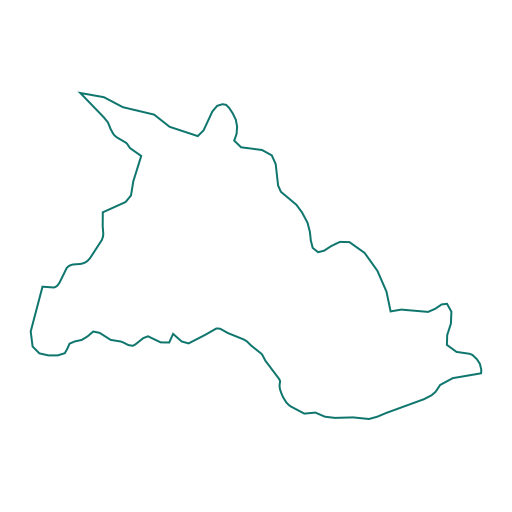 SVG path tracing the border of Chalatenango
{"feature_id": "SLV-1357", "entity_name": "Chalatenango", "entity_type": "Department", "adm_level": 1, "iso_a3": "SLV", "parent_name": "El Salvador", "parent_adm1": "", "projection": "robinson", "projection_center": [-89.111, 14.18], "detail": "fine", "context": "isolated", "style": "outline", "palette": "teal", "viewbox_px": 512, "rotation_deg": 0, "n_neighbors": 0, "source": "natural_earth", "source_scale": "10m", "svg_char_len": 1974}
<svg xmlns="http://www.w3.org/2000/svg" viewBox="0 0 512 512"><path d="M80.3,93.0L103.9,97.2L122.9,107.2L154.1,114.6L169.6,126.8L197.8,136.1L203.6,130.3L212.4,111.4L217.2,105.8L222.6,104.2L226.2,104.9L229.2,108.0L232.7,113.3L235.8,119.7L237.1,126.6L236.6,133.8L234.2,140.6L241.1,147.3L262.0,150.0L271.8,155.4L275.7,164.1L278.1,185.5L280.9,191.8L296.4,204.8L302.0,212.4L307.5,222.7L309.8,231.5L310.2,234.7L310.8,240.4L312.7,247.9L318.1,252.2L324.1,250.7L331.3,246.0L339.9,241.9L349.4,242.1L364.6,252.9L377.4,270.8L386.5,291.7L390.6,311.4L401.3,309.6L428.1,311.9L435.4,308.7L441.7,304.4L447.0,303.8L451.4,311.7L450.9,323.6L447.2,335.1L446.9,344.9L456.5,351.9L469.6,353.8L472.5,355.0L476.9,359.2L479.9,363.9L481.3,369.7L481.1,373.3L452.9,378.1L440.2,384.9L435.6,391.8L431.5,395.3L424.2,399.1L386.6,412.8L377.3,416.7L369.0,419.0L353.0,417.4L334.9,417.9L324.9,416.7L315.4,412.6L304.3,413.6L291.2,406.7L288.9,405.1L286.2,402.3L282.9,396.9L281.3,393.1L280.2,389.9L279.8,388.2L279.6,386.4L279.6,384.5L280.1,381.6L280.1,381.4L279.8,380.3L278.7,378.4L265.3,360.6L262.5,355.2L261.6,353.9L251.3,345.7L246.8,341.3L243.8,339.5L228.0,333.1L220.3,328.8L218.2,328.5L216.3,328.5L205.5,334.7L188.6,343.4L181.7,341.5L173.1,333.9L169.2,342.5L160.7,342.4L148.0,336.3L143.3,338.1L135.4,344.4L132.8,345.8L128.5,345.1L122.7,342.2L120.7,341.5L110.7,339.9L99.7,332.9L93.3,331.5L87.4,336.5L81.8,339.9L74.6,341.5L69.5,343.7L67.5,348.4L64.8,353.2L57.7,355.4L48.5,355.4L39.4,353.4L32.6,346.5L30.7,331.5L42.5,286.7L54.0,287.5L55.5,286.9L56.9,286.0L58.1,284.7L59.6,282.5L66.7,268.0L67.9,266.8L69.1,265.9L70.6,265.2L72.2,264.7L73.9,264.4L80.1,264.0L82.0,263.6L83.7,263.1L85.2,262.4L86.7,261.5L87.9,260.5L90.0,258.2L101.9,239.9L103.0,236.6L103.3,234.0L102.7,226.3L102.8,212.3L125.6,202.0L131.0,195.4L133.3,181.3L141.2,156.0L130.0,148.1L127.1,143.8L125.8,142.6L116.7,137.3L114.5,135.4L113.2,133.8L110.5,128.8L108.4,123.5L107.7,122.1L103.6,117.1L80.3,93.0Z" fill="none" stroke="#0f766e" stroke-width="2"/></svg>